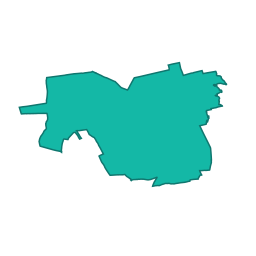 Boghesti, Bacau, Romania (Natural Earth projection), rotated 171°
{"feature_id": "2599482B44554474680390", "entity_name": "Boghesti", "entity_type": "district", "adm_level": 2, "iso_a3": "ROU", "parent_name": "Romania", "parent_adm1": "Bacau", "projection": "natural_earth1", "projection_center": [27.419, 46.16], "detail": "fine", "context": "isolated", "style": "filled", "palette": "teal", "viewbox_px": 256, "rotation_deg": 171, "n_neighbors": 0, "source": "geoboundaries", "source_scale": "gbopen_adm2", "svg_char_len": 5641}
<svg xmlns="http://www.w3.org/2000/svg" viewBox="0 0 256 256"><g transform="rotate(171 128 128)"><path d="M113.9,176.6L115.2,175.1L116.0,173.9L116.6,173.2L117.1,172.6L118.8,170.3L119.3,169.8L119.5,169.4L120.6,167.9L122.4,165.7L122.6,165.6L125.0,167.0L126.5,167.8L128.1,168.8L128.6,169.2L129.6,170.5L131.4,173.1L133.5,175.9L134.5,176.4L139.0,179.4L140.9,180.7L142.3,181.4L142.9,181.6L143.3,181.9L144.4,182.6L146.6,184.3L148.1,185.2L148.7,185.7L149.7,186.4L151.4,187.3L151.2,187.5L151.8,187.8L154.3,189.4L154.5,189.2L155.8,189.0L156.5,189.0L158.2,189.1L159.5,189.1L162.0,189.2L164.3,189.1L164.9,189.4L169.2,189.7L173.0,190.0L181.0,190.1L181.9,190.0L200.4,190.5L200.8,189.1L201.4,187.5L201.4,187.0L201.7,184.8L201.7,182.8L201.8,181.1L201.8,177.5L202.0,176.0L202.5,173.7L203.4,170.3L203.7,169.4L204.2,168.2L204.3,167.2L204.5,165.9L204.9,165.2L224.4,165.2L228.8,165.4L232.1,165.4L231.3,159.6L231.2,158.8L231.1,158.6L230.0,158.5L226.9,158.2L226.2,158.0L225.5,157.9L225.4,158.0L222.4,157.5L216.6,156.7L214.5,156.5L211.4,156.0L208.1,155.5L207.6,155.4L206.1,155.2L205.8,155.1L205.7,154.9L205.7,154.2L205.6,152.8L205.7,152.2L205.6,151.4L205.9,149.7L206.0,149.1L206.5,148.3L206.9,147.7L207.8,146.8L207.9,146.5L208.1,145.8L208.5,145.3L208.6,145.0L208.6,144.8L208.6,144.3L208.7,143.7L208.7,143.2L208.7,142.6L208.7,141.6L208.6,140.9L208.7,140.4L209.2,139.7L209.4,139.5L209.8,139.3L211.4,138.1L212.5,136.4L213.9,134.9L214.6,134.2L215.2,133.7L215.8,132.9L216.1,132.4L216.5,131.8L217.0,130.9L217.4,129.9L217.4,129.7L217.9,128.7L217.8,125.3L217.7,124.4L217.6,123.8L205.4,118.2L202.6,117.0L198.5,115.5L197.4,114.4L197.2,115.2L197.2,115.5L197.4,116.1L196.7,118.5L196.4,119.9L195.5,122.6L194.8,124.2L194.3,125.0L194.0,125.8L193.5,126.8L193.1,127.1L192.8,127.1L189.6,126.1L189.1,126.0L188.5,127.0L188.3,127.4L186.3,129.0L183.6,131.1L182.5,132.0L180.8,132.0L179.9,130.1L179.6,129.7L178.8,128.1L178.1,125.9L177.5,124.6L176.8,124.8L175.7,125.1L176.7,127.1L177.1,128.2L177.3,128.9L178.0,130.4L178.8,132.5L179.2,133.4L178.3,133.3L176.7,133.0L174.1,133.0L172.9,133.0L169.1,132.9L168.2,130.7L167.8,129.4L167.5,128.4L167.3,127.6L166.3,126.8L165.4,125.9L164.5,125.0L162.8,123.8L162.5,123.1L161.7,121.3L161.4,120.1L160.8,118.7L160.4,118.1L160.2,117.6L159.9,116.7L159.8,115.9L159.4,114.7L158.7,113.0L156.4,106.2L157.8,105.9L158.0,105.7L159.5,105.4L160.3,105.1L161.0,104.8L159.8,100.2L159.6,99.3L159.1,97.9L157.9,95.7L157.3,94.2L157.1,93.1L156.5,91.4L155.1,88.2L154.8,87.6L154.2,86.2L153.1,84.1L145.8,83.4L141.7,82.8L140.2,82.6L138.4,82.6L137.4,81.2L136.9,80.5L136.3,79.9L135.6,79.4L135.4,79.1L134.5,78.3L134.1,77.9L133.5,77.5L132.9,76.7L133.5,76.3L133.0,75.5L131.9,76.1L131.4,76.2L129.8,76.1L128.3,75.9L127.3,75.9L127.1,75.7L125.6,75.8L125.0,75.6L123.4,75.5L120.6,75.0L117.0,73.8L115.9,73.6L114.1,73.6L112.6,73.8L106.6,74.9L107.1,74.6L108.2,73.2L109.2,72.2L109.7,71.4L110.4,70.7L111.8,68.5L112.6,67.1L112.8,66.6L112.5,66.6L109.9,66.7L109.5,66.7L109.1,66.6L108.0,66.6L106.0,66.2L104.9,66.5L103.7,66.8L102.6,67.0L101.3,67.1L100.6,67.3L99.8,67.4L99.3,67.3L97.9,67.1L97.7,67.0L96.7,67.0L95.9,66.8L95.1,66.5L94.6,66.2L94.3,66.1L92.6,65.9L91.1,65.6L89.9,65.7L87.9,65.7L87.3,65.7L84.5,65.7L80.7,65.5L78.3,65.6L77.1,65.8L76.2,65.8L75.4,65.8L75.1,65.9L74.9,66.8L74.6,67.0L74.3,67.1L73.3,67.0L71.3,67.0L66.7,66.6L66.6,67.1L64.6,69.6L64.2,70.0L63.9,70.2L63.6,70.2L63.2,70.0L62.9,70.0L62.6,70.0L62.6,70.3L62.9,70.9L63.8,73.9L63.9,74.7L62.1,74.4L58.9,74.2L57.6,73.9L54.0,73.7L53.8,74.0L52.5,77.6L51.1,80.8L51.0,81.3L50.8,83.4L50.6,83.4L50.3,86.3L49.9,90.8L49.6,95.1L49.7,96.0L50.0,96.9L51.1,100.5L54.3,110.6L56.8,119.0L54.2,119.2L50.3,119.5L49.9,120.2L49.7,121.4L49.5,121.9L49.2,122.0L48.8,121.5L48.5,121.6L48.4,122.0L49.1,122.8L48.8,123.2L47.9,122.8L47.1,124.7L46.6,124.9L46.5,125.5L47.5,126.0L47.5,126.6L46.5,126.6L46.3,127.0L47.1,127.5L47.5,127.9L47.7,128.2L48.0,130.3L47.8,130.7L47.8,130.9L48.2,131.5L48.2,131.9L48.1,132.1L47.7,132.2L47.6,132.5L47.8,132.8L47.7,132.9L47.4,133.0L42.9,133.2L43.0,134.2L41.6,134.2L41.0,134.2L40.2,134.3L37.8,134.3L36.0,134.7L32.5,134.9L31.4,134.9L31.4,135.0L31.6,135.4L32.0,135.6L32.6,135.7L32.8,135.9L32.9,136.1L32.9,136.3L32.8,136.5L33.0,136.6L33.9,136.9L34.6,137.0L33.6,140.2L33.6,140.4L34.0,140.7L33.8,141.5L33.5,142.2L33.1,142.6L32.9,143.1L33.3,144.2L33.5,144.5L34.3,145.1L34.8,145.6L35.4,145.7L35.9,145.8L36.4,146.2L36.6,146.4L36.5,146.5L36.1,146.6L34.7,146.7L34.6,146.8L34.7,147.6L34.7,147.8L32.1,148.5L31.8,148.9L30.8,149.0L30.0,148.6L29.8,148.7L29.7,148.8L29.6,149.3L29.7,150.1L29.8,150.5L30.2,150.9L30.3,150.9L30.6,150.9L30.8,150.9L31.5,151.1L31.8,151.3L31.6,151.8L32.1,152.7L32.5,153.3L33.1,154.0L33.6,154.6L33.7,154.9L33.7,155.3L33.7,155.8L33.7,156.3L33.8,156.4L35.2,156.3L35.3,156.3L35.3,155.9L35.3,155.7L35.5,155.7L36.1,156.1L36.6,156.7L36.8,156.8L36.8,157.0L36.7,157.2L36.6,157.3L36.3,157.3L36.1,157.4L35.4,157.3L34.7,157.0L34.3,157.0L33.8,157.1L33.4,157.4L32.6,157.7L31.7,157.8L30.3,157.7L29.8,157.7L28.9,157.4L26.9,156.5L26.4,156.3L25.5,156.3L25.3,156.1L25.1,155.9L24.5,155.5L24.0,155.5L23.9,155.6L23.9,155.8L23.9,156.0L24.1,156.3L25.0,157.6L25.4,158.8L25.6,159.1L25.8,159.6L26.8,160.6L27.0,160.7L27.5,161.8L27.8,162.2L27.9,162.5L28.0,162.8L28.0,163.1L27.9,163.6L28.1,164.1L28.6,164.7L29.0,165.0L29.3,165.1L30.1,165.3L30.4,165.4L31.2,165.5L31.6,165.6L32.3,166.2L32.3,166.3L32.0,167.4L31.9,167.7L32.1,168.3L32.2,169.4L32.3,169.8L32.5,170.2L40.1,170.1L45.3,170.0L45.4,170.3L45.9,173.1L53.7,172.5L54.9,172.4L55.3,172.2L55.8,172.2L56.9,172.3L65.1,171.3L65.8,174.8L66.7,178.5L67.0,184.5L74.3,184.2L78.4,183.8L78.2,183.0L78.0,180.4L78.3,179.0L91.5,178.1L108.0,176.9L113.9,176.6Z" fill="#14b8a6" stroke="#0f766e" stroke-width="1.5"/></g></svg>